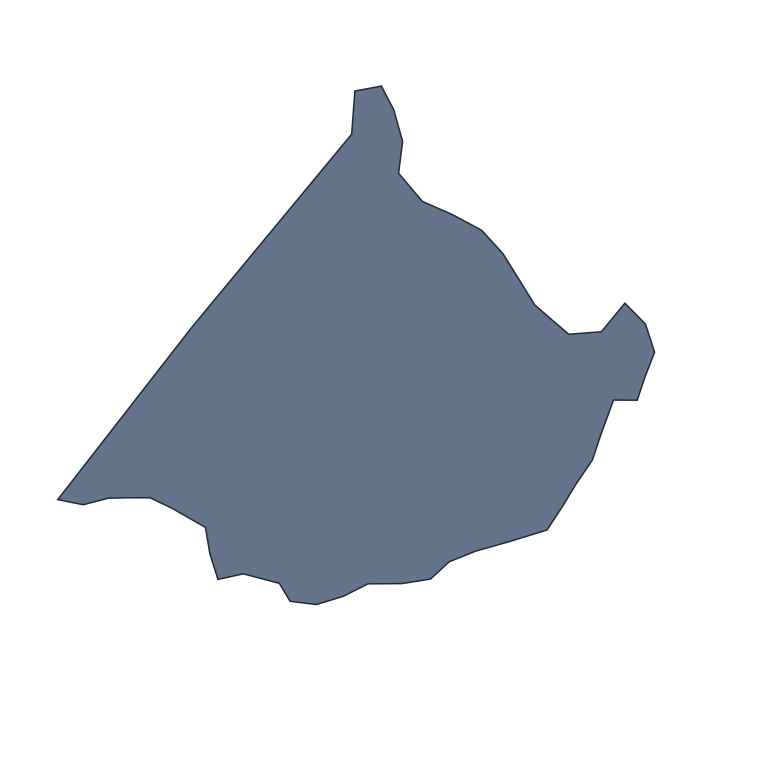 Areial, Paraíba, Brazil (Mercator projection), rotated 119°
{"feature_id": "56859067B12551730275049", "entity_name": "Areial", "entity_type": "district", "adm_level": 2, "iso_a3": "BRA", "parent_name": "Brazil", "parent_adm1": "Paraíba", "projection": "mercator", "projection_center": [-35.932, -7.048], "detail": "fine", "context": "isolated", "style": "filled", "palette": "slate", "viewbox_px": 768, "rotation_deg": 119, "n_neighbors": 0, "source": "geoboundaries", "source_scale": "gbopen_adm2", "svg_char_len": 747}
<svg xmlns="http://www.w3.org/2000/svg" viewBox="0 0 768 768"><g transform="rotate(119 384 384)"><path d="M643.3,613.3L635.4,588.5L617.4,569.6L606.9,551.5L596.9,533.4L595.5,509.1L596.0,470.7L617.0,453.9L635.4,434.5L618.3,415.1L609.1,378.9L619.6,360.8L609.6,336.1L589.4,316.7L566.6,301.2L550.0,271.7L532.0,248.7L507.9,240.8L485.6,222.7L462.4,199.3L432.6,170.6L402.4,168.4L377.9,167.5L349.4,164.9L323.6,169.7L286.8,175.5L275.4,154.7L250.9,159.2L225.0,162.7L204.9,184.3L196.5,212.5L232.9,219.2L250.9,246.5L246.5,268.2L241.7,290.7L226.3,318.0L212.3,343.2L202.2,373.2L202.7,406.3L205.7,438.9L192.6,473.4L162.8,485.3L139.6,508.2L124.7,530.7L141.8,551.5L181.2,533.4L428.2,579.7L643.3,613.3Z" fill="#64748b" stroke="#1e293b" stroke-width="1.5"/></g></svg>